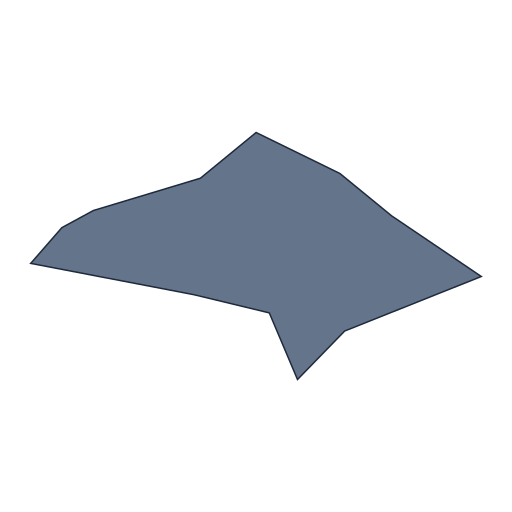 map outline of Stopinu (Natural Earth projection)
{"feature_id": "LVA-5780", "entity_name": "Stopinu", "entity_type": "Municipality", "adm_level": 1, "iso_a3": "LVA", "parent_name": "Latvia", "parent_adm1": "", "projection": "natural_earth1", "projection_center": [24.31, 56.933], "detail": "fine", "context": "isolated", "style": "filled", "palette": "slate", "viewbox_px": 512, "rotation_deg": 0, "n_neighbors": 0, "source": "natural_earth", "source_scale": "10m", "svg_char_len": 284}
<svg xmlns="http://www.w3.org/2000/svg" viewBox="0 0 512 512"><path d="M30.7,263.4L61.9,227.6L93.4,210.5L200.4,178.2L256.1,132.5L339.9,173.5L391.7,215.9L481.3,276.5L344.7,331.0L297.5,379.5L269.3,312.9L193.9,294.7L30.7,263.4Z" fill="#64748b" stroke="#1e293b" stroke-width="1.5"/></svg>